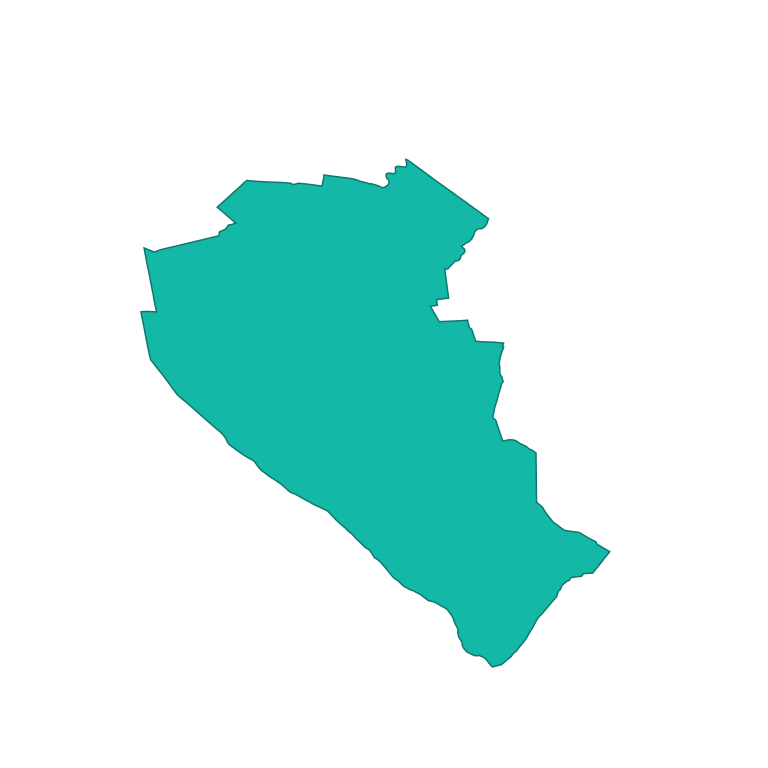 Piscolt, Satu Mare, Romania (Equal Earth projection), rotated 204°
{"feature_id": "2599482B22102589604948", "entity_name": "Piscolt", "entity_type": "district", "adm_level": 2, "iso_a3": "ROU", "parent_name": "Romania", "parent_adm1": "Satu Mare", "projection": "equal_earth", "projection_center": [22.262, 47.586], "detail": "fine", "context": "isolated", "style": "filled", "palette": "teal", "viewbox_px": 768, "rotation_deg": 204, "n_neighbors": 0, "source": "geoboundaries", "source_scale": "gbopen_adm2", "svg_char_len": 6147}
<svg xmlns="http://www.w3.org/2000/svg" viewBox="0 0 768 768"><g transform="rotate(204 384 384)"><path d="M608.3,477.7L596.2,474.1L584.9,470.6L587.4,468.3L588.1,467.7L589.7,466.6L590.6,466.1L590.8,465.9L591.1,463.8L591.7,461.2L592.6,459.9L594.3,458.1L595.6,456.9L596.0,456.4L596.2,455.9L596.1,455.4L595.9,454.8L595.6,453.8L595.0,452.3L604.4,445.1L613.3,438.3L625.1,429.2L631.0,424.7L639.7,418.2L643.5,415.1L646.5,412.0L647.8,411.1L655.0,410.8L658.5,410.7L653.3,403.1L649.8,398.0L648.7,396.5L643.5,389.3L638.1,381.5L630.2,370.3L629.8,369.6L626.3,364.5L621.1,357.4L630.0,353.9L632.2,352.8L635.4,351.1L633.0,347.6L626.1,337.9L618.8,327.3L611.3,316.8L607.2,311.4L596.4,305.6L590.1,302.4L587.4,300.9L584.7,299.4L580.0,296.7L578.4,295.8L576.0,294.4L574.1,293.3L569.2,290.5L567.5,289.8L566.0,289.3L564.3,288.8L563.0,288.4L557.4,286.9L552.1,285.3L538.7,281.0L535.4,280.0L532.0,278.9L529.4,278.1L524.3,276.6L520.6,275.4L516.8,274.3L514.0,273.5L509.3,271.7L508.9,271.3L506.7,270.0L505.9,269.4L503.7,267.5L502.6,266.7L501.6,266.1L500.6,265.7L495.7,264.6L493.4,264.1L493.1,263.9L484.4,262.2L484.0,262.1L477.8,261.3L473.3,261.0L471.4,260.7L469.1,259.5L465.8,257.5L464.1,256.6L461.7,255.5L460.6,255.2L455.1,253.9L451.7,253.1L450.1,252.8L446.7,252.4L445.1,252.1L441.2,251.4L439.0,251.0L437.4,250.7L435.3,250.1L433.6,249.6L431.5,248.9L430.1,248.5L427.9,247.6L425.2,247.0L423.5,247.1L419.9,247.2L418.3,247.1L415.8,246.9L413.6,246.6L411.0,246.4L407.0,246.0L406.6,246.1L406.4,246.2L403.3,245.8L399.3,245.4L397.0,245.4L394.2,245.3L390.9,245.3L389.4,245.2L388.2,245.2L385.7,245.3L385.2,245.3L384.7,245.1L380.8,243.9L377.0,242.2L374.1,241.1L373.2,240.6L372.4,240.3L370.6,239.8L370.1,239.6L368.8,239.1L367.6,238.6L364.0,237.6L360.7,236.6L357.7,235.3L356.8,235.1L353.3,234.2L352.3,233.9L351.4,233.6L348.9,232.4L348.2,232.1L346.7,231.4L346.3,231.2L344.6,230.8L344.0,230.6L343.2,230.3L342.2,229.8L340.0,229.0L335.2,227.2L334.5,227.0L333.4,226.9L331.8,226.7L330.5,226.4L329.4,226.2L328.8,225.9L323.8,222.7L322.0,221.4L321.1,221.3L319.5,221.2L318.6,221.0L317.7,220.8L316.8,220.5L314.6,219.8L313.7,219.5L311.8,218.5L310.8,217.9L309.9,217.6L308.9,217.2L307.2,216.3L306.6,216.0L303.0,214.1L298.5,211.9L296.6,211.0L295.8,210.7L295.0,210.6L293.5,210.4L292.1,210.1L291.0,210.1L289.6,209.4L288.2,208.8L286.3,208.2L285.0,207.8L284.2,207.5L283.5,207.3L280.2,207.0L278.6,206.9L278.1,206.8L276.9,206.7L275.5,206.8L273.6,206.9L272.6,207.2L271.7,207.0L270.1,206.7L269.0,206.8L266.1,206.6L265.0,206.5L263.8,206.3L263.1,206.1L261.9,205.7L260.4,205.3L259.5,205.2L258.4,204.9L256.4,204.4L255.4,204.2L254.8,204.2L252.0,204.9L249.3,205.3L248.9,205.3L244.1,204.9L238.6,204.3L236.8,204.2L235.3,204.0L234.2,203.6L232.0,202.3L228.4,200.4L226.6,199.0L226.0,198.4L224.5,197.0L224.0,196.4L223.7,196.1L221.7,194.1L221.0,193.5L220.0,192.8L219.4,192.3L218.5,191.6L217.4,190.6L217.1,190.4L216.6,190.0L216.4,189.6L216.1,188.6L215.6,187.4L215.3,186.7L215.0,186.1L214.6,185.7L213.8,184.5L212.9,183.4L211.8,182.5L211.2,182.0L210.6,181.7L210.0,181.4L209.3,181.0L208.8,180.6L207.3,179.2L207.1,178.9L206.6,177.8L206.0,176.9L204.9,175.9L203.5,174.9L202.1,174.2L199.7,173.0L199.0,172.9L196.6,172.8L192.3,172.7L190.8,172.8L189.7,173.0L188.5,173.6L186.5,174.8L185.9,174.7L184.6,174.7L182.2,174.8L181.0,174.7L178.9,174.0L177.7,173.4L173.7,171.3L170.6,169.8L169.6,169.8L162.4,175.6L161.1,178.3L159.2,182.4L157.1,186.5L156.4,190.0L154.5,193.6L153.2,199.2L151.8,203.9L150.6,209.0L149.6,218.6L149.5,219.1L149.0,222.9L148.5,231.1L147.5,235.1L146.3,237.9L143.7,246.9L142.1,252.6L139.8,259.8L140.4,264.9L140.3,265.8L139.5,267.3L139.2,269.2L139.6,271.0L139.6,272.0L139.3,272.9L138.9,273.7L137.8,275.8L137.3,277.1L136.4,278.5L136.1,279.0L135.4,279.4L135.0,279.7L134.8,280.5L134.9,281.2L134.8,281.9L134.6,282.4L134.3,283.1L133.1,284.2L130.3,285.8L128.1,287.1L126.1,288.3L125.3,288.8L124.5,292.0L116.5,296.1L114.1,305.0L112.0,313.5L109.5,322.6L124.4,324.3L126.1,326.0L128.6,326.2L134.1,326.4L145.1,327.8L155.2,324.9L159.3,323.8L160.4,323.8L173.5,326.7L183.4,331.9L189.1,335.9L196.6,338.1L217.1,382.8L222.4,383.9L224.4,383.6L229.6,384.9L232.1,384.9L236.1,385.0L239.2,385.7L241.0,385.8L242.7,385.6L246.7,384.2L252.2,380.2L252.4,380.2L265.7,394.7L266.4,395.5L266.5,395.7L267.3,396.3L268.0,396.7L269.1,396.8L270.5,397.5L271.0,398.1L271.4,399.0L271.7,400.3L273.4,408.4L273.9,413.3L275.6,424.1L276.2,429.9L276.8,432.1L276.8,432.4L276.3,433.4L276.2,433.8L276.1,434.3L276.3,434.8L276.7,435.4L277.9,436.6L279.0,438.2L280.5,439.2L281.9,440.0L283.6,443.2L284.6,445.5L285.5,447.1L287.3,450.0L288.7,455.9L289.3,460.4L289.7,466.4L291.0,466.4L291.2,469.1L291.4,469.9L291.4,470.0L300.5,467.0L308.9,463.5L317.6,460.3L326.2,469.7L328.8,470.3L332.4,474.3L333.5,476.3L339.3,473.2L358.9,463.4L373.3,473.9L367.3,477.6L370.3,482.5L359.9,488.7L375.2,513.7L372.7,514.9L372.3,515.6L372.1,516.4L369.1,525.1L367.1,526.3L365.9,527.7L365.4,529.5L365.6,530.4L365.8,533.1L364.4,535.7L363.9,537.7L364.5,538.8L365.1,539.8L369.2,541.3L366.6,545.7L364.0,549.0L362.9,552.0L362.5,555.9L363.0,560.5L361.5,563.7L357.3,566.2L355.8,569.1L355.3,571.3L355.7,577.5L390.2,584.8L402.2,587.3L421.2,591.2L436.8,594.7L453.4,598.2L455.4,598.1L452.1,593.2L452.6,590.7L455.3,590.0L458.3,589.1L460.9,587.9L461.8,586.5L459.5,582.1L460.0,580.8L460.7,580.0L465.5,578.6L467.4,577.0L466.8,574.8L465.9,573.9L464.8,572.8L464.1,572.7L463.6,572.6L462.6,572.2L462.3,571.9L461.7,571.1L461.5,570.2L461.2,569.3L461.2,569.0L461.2,567.8L461.5,567.1L462.6,565.2L463.1,564.5L463.6,564.0L464.5,563.3L465.2,562.7L466.4,562.5L467.9,562.6L469.0,562.7L470.9,562.6L477.8,561.7L478.5,560.6L479.9,560.8L480.1,561.0L489.0,559.4L489.3,559.5L489.6,559.6L494.5,559.0L499.0,557.9L504.0,556.5L504.9,556.1L523.9,550.5L523.2,549.0L522.7,546.7L521.4,540.6L521.4,539.4L522.1,539.3L538.4,534.5L541.1,533.5L542.8,533.0L543.5,532.7L544.1,532.4L544.5,532.1L546.0,530.7L546.9,530.0L547.5,529.7L548.1,529.5L548.6,529.3L549.3,529.2L549.9,529.3L551.0,529.4L551.9,529.1L557.8,527.1L560.2,526.1L573.1,521.0L583.7,517.0L587.7,515.5L590.7,514.6L591.9,514.4L593.8,510.8L596.0,505.2L596.2,504.7L596.9,503.3L600.4,495.7L600.7,494.3L601.5,492.9L601.6,492.7L608.3,477.7Z" fill="#14b8a6" stroke="#0f766e" stroke-width="1.5"/></g></svg>